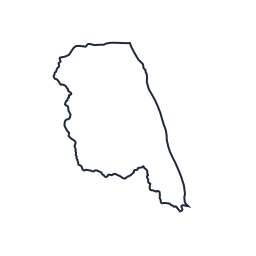 outline of Thongmyxay, Xaignabouri, Laos, rotated 315°
{"feature_id": "54806243B9837596905038", "entity_name": "Thongmyxay", "entity_type": "district", "adm_level": 2, "iso_a3": "LAO", "parent_name": "Laos", "parent_adm1": "Xaignabouri", "projection": "equal_earth", "projection_center": [101.179, 18.423], "detail": "fine", "context": "isolated", "style": "outline", "palette": "slate", "viewbox_px": 256, "rotation_deg": 315, "n_neighbors": 0, "source": "geoboundaries", "source_scale": "gbopen_adm2", "svg_char_len": 4609}
<svg xmlns="http://www.w3.org/2000/svg" viewBox="0 0 256 256"><g transform="rotate(315 128 128)"><path d="M189.4,69.2L188.0,68.0L186.0,66.0L183.4,63.2L181.5,61.1L179.4,58.9L177.4,56.8L175.3,55.0L173.7,53.8L172.8,53.2L171.6,52.6L170.3,52.2L169.8,52.0L168.1,50.3L165.1,47.5L164.0,46.7L162.7,45.4L161.7,43.8L161.1,42.6L159.8,40.9L158.7,40.3L157.7,40.3L156.3,40.6L155.4,40.4L154.5,39.2L153.1,37.4L152.1,36.1L150.6,34.5L149.0,33.3L147.0,32.9L145.4,33.0L143.6,33.4L141.3,33.9L139.5,34.2L138.2,34.5L136.2,33.9L134.8,33.4L132.8,32.3L131.9,31.6L130.8,30.9L129.5,30.1L128.5,30.9L127.5,33.1L127.1,33.4L126.3,33.4L125.3,33.1L124.8,33.1L124.2,33.6L123.7,34.8L123.1,35.5L122.0,35.8L121.2,35.8L120.5,35.7L119.3,36.0L117.2,37.2L116.6,37.3L115.6,37.0L115.1,37.2L113.9,38.2L112.2,38.6L111.9,38.9L111.4,40.2L111.2,41.7L111.4,42.3L112.0,42.9L112.1,43.4L111.8,46.4L111.3,48.6L111.1,49.6L111.2,50.0L112.1,50.4L113.4,53.0L113.6,54.0L113.5,54.7L113.1,56.4L113.0,57.6L112.9,58.3L112.0,59.2L112.0,60.0L112.3,61.8L112.4,62.6L112.4,63.1L112.1,63.7L111.5,63.9L110.6,63.7L109.7,63.2L109.2,63.2L108.7,63.5L108.5,64.1L108.2,64.5L107.6,64.7L106.9,64.4L106.3,64.5L105.0,65.5L104.3,65.6L104.0,65.3L103.4,65.2L100.6,66.4L100.2,66.8L100.1,67.5L100.3,68.5L100.7,69.4L100.7,70.2L100.4,71.0L98.8,73.0L98.3,73.5L98.0,74.0L97.7,75.3L96.9,77.8L96.6,78.2L95.7,78.5L95.0,79.0L94.5,79.5L93.1,79.7L92.2,79.7L91.1,78.9L90.3,78.5L89.2,78.5L88.2,78.7L87.0,79.4L85.0,81.2L84.5,81.9L84.0,83.6L83.2,86.3L82.9,87.5L82.9,88.4L83.0,89.6L82.6,90.2L81.2,91.0L80.7,91.3L80.4,91.7L80.3,93.2L80.4,95.7L81.1,98.4L81.1,99.5L81.0,100.6L80.4,101.5L79.5,102.1L77.9,102.6L77.4,103.0L76.5,104.9L75.9,106.0L75.3,106.8L74.4,107.3L73.9,108.4L73.5,109.1L72.3,109.8L71.9,110.2L71.7,111.1L71.6,111.8L70.4,112.7L70.2,113.0L70.0,113.8L69.9,114.5L69.5,114.9L69.0,115.7L68.3,117.3L67.8,117.8L67.3,118.4L67.1,118.9L67.3,119.7L67.9,121.1L68.0,121.6L67.9,122.3L67.0,124.3L66.6,125.0L66.6,126.1L67.0,127.0L67.5,127.4L68.3,127.5L69.2,128.4L70.4,130.2L71.5,131.7L72.3,133.5L72.7,134.1L73.4,134.6L74.8,134.7L75.5,135.3L76.1,136.4L76.8,138.3L77.6,140.0L77.6,140.6L77.5,141.1L77.2,142.0L77.1,142.6L77.4,143.9L77.5,144.3L77.3,145.2L77.3,146.1L77.5,146.8L78.0,147.2L78.6,147.5L79.8,147.5L80.7,147.1L81.2,147.2L81.9,147.9L82.6,149.1L83.4,150.0L84.3,150.2L85.3,150.3L85.8,150.8L86.2,151.6L86.7,151.8L87.5,154.4L88.2,155.9L88.7,158.6L89.2,160.4L90.1,161.7L91.6,161.9L93.1,162.0L94.9,162.8L96.9,163.3L100.3,163.4L101.0,163.4L101.5,162.9L101.9,162.4L102.8,162.4L103.8,163.2L104.8,164.0L105.2,164.1L105.8,163.9L106.3,163.4L107.0,163.6L107.5,163.9L108.2,164.4L109.8,165.6L110.7,165.7L111.5,165.7L111.7,166.1L111.6,166.9L111.3,167.5L111.3,168.6L111.5,169.8L111.6,170.4L111.5,170.8L111.4,171.3L111.0,172.2L110.8,172.6L110.6,172.8L110.1,173.1L109.8,173.2L109.6,173.5L109.4,174.2L109.3,174.6L109.0,175.3L108.8,175.5L108.4,175.6L107.8,175.5L107.3,175.5L107.1,175.6L106.9,175.9L106.5,176.6L106.1,177.6L105.9,178.6L105.8,178.9L105.1,179.4L104.8,179.6L104.2,180.4L104.0,180.8L103.9,181.2L103.9,181.7L104.1,182.1L104.4,182.5L104.5,182.8L104.4,183.0L104.0,183.4L103.4,183.9L102.4,184.5L101.7,184.9L101.4,185.2L101.0,185.5L100.6,186.3L100.2,187.0L100.1,187.5L100.1,187.8L100.2,188.1L100.5,188.5L100.9,189.0L101.5,189.7L102.1,190.9L102.6,192.2L102.8,192.7L103.0,192.9L103.4,193.1L103.9,193.0L104.1,193.1L104.5,193.7L105.0,194.8L105.0,195.4L105.0,195.8L104.7,196.1L104.0,196.8L103.5,197.5L103.0,198.1L102.3,198.7L101.9,199.0L101.1,199.7L100.8,200.0L100.5,201.0L100.2,202.0L100.0,202.3L99.7,202.5L99.1,203.2L98.7,204.0L98.6,204.3L98.7,204.7L98.8,205.0L99.2,205.7L100.2,206.3L101.1,207.1L103.0,209.6L103.5,210.3L104.0,211.3L104.1,211.6L104.0,212.4L104.0,212.9L104.0,213.3L104.7,214.6L104.9,214.9L104.9,215.3L104.9,216.0L105.0,216.3L105.2,216.7L106.0,216.9L106.2,217.1L106.4,217.4L106.5,218.3L106.4,218.8L106.2,219.4L106.1,219.9L106.1,220.8L106.0,221.9L105.9,222.8L105.8,223.3L105.9,223.7L106.3,224.0L106.7,224.2L107.7,224.4L108.2,224.4L108.5,224.3L108.8,224.1L109.5,223.0L110.2,221.3L110.4,221.0L110.7,220.9L111.9,221.2L112.5,221.7L113.9,223.8L115.1,225.6L115.3,225.9L115.2,222.9L115.7,220.6L119.0,216.6L121.7,214.9L126.9,208.2L131.2,199.9L133.5,194.6L137.1,185.5L138.1,182.1L141.0,174.2L143.5,169.3L146.8,164.1L150.2,160.4L153.4,155.9L155.6,151.0L158.6,145.4L161.5,140.3L164.3,133.9L166.9,127.1L168.6,121.1L169.9,116.0L171.8,112.2L174.0,108.6L177.4,105.6L177.7,105.0L178.3,104.3L178.6,104.1L179.1,103.5L179.4,102.9L179.8,101.4L180.4,100.4L181.1,99.5L181.4,98.9L181.3,97.1L181.5,96.4L182.8,94.8L183.8,92.9L183.7,90.9L183.7,87.0L185.5,80.0L187.6,73.1L189.4,69.2Z" fill="none" stroke="#1e293b" stroke-width="2"/></g></svg>